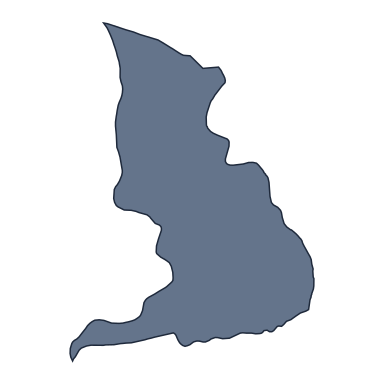 Chajul, Quiché, Guatemala
{"feature_id": "79465075B19159342798902", "entity_name": "Chajul", "entity_type": "district", "adm_level": 2, "iso_a3": "GTM", "parent_name": "Guatemala", "parent_adm1": "Quiché", "projection": "orthographic", "projection_center": [-91.005, 15.608], "detail": "fine", "context": "isolated", "style": "filled", "palette": "slate", "viewbox_px": 384, "rotation_deg": 0, "n_neighbors": 0, "source": "geoboundaries", "source_scale": "gbopen_adm2", "svg_char_len": 3381}
<svg xmlns="http://www.w3.org/2000/svg" viewBox="0 0 384 384"><path d="M218.5,67.1L202.9,68.4L192.9,58.5L190.1,55.8L183.5,55.3L181.5,54.4L179.1,53.0L174.9,50.3L172.5,48.7L170.4,47.5L165.6,44.5L158.1,40.0L139.9,34.5L133.5,32.0L125.9,29.8L107.5,23.7L105.2,23.3L104.3,23.1L103.6,23.0L107.1,27.9L108.4,30.5L110.4,34.9L112.6,40.3L113.9,44.5L115.0,47.6L116.4,52.0L117.3,55.9L119.2,62.0L119.4,63.7L120.2,68.3L120.1,77.4L121.0,81.7L122.4,85.8L122.7,89.0L122.4,92.8L121.9,95.4L121.0,98.3L119.2,102.4L118.2,105.3L117.1,111.0L116.7,114.0L116.3,116.1L115.5,122.0L115.5,126.1L116.3,134.5L116.9,147.4L118.5,151.7L119.3,154.6L120.0,157.0L121.6,166.4L122.3,170.3L122.3,172.6L121.7,175.5L119.5,181.0L117.4,184.6L115.7,186.6L114.3,189.5L113.7,198.5L114.6,202.3L116.3,205.5L118.0,206.9L124.2,210.0L131.2,210.3L136.1,211.4L138.8,212.5L147.0,214.8L149.8,216.9L150.7,218.2L155.2,223.4L159.3,225.0L160.3,225.9L160.9,226.6L161.4,228.0L161.4,230.3L158.5,238.9L156.5,245.9L156.2,252.0L156.7,253.6L160.8,257.2L165.2,259.7L169.3,262.6L171.3,266.3L172.8,272.4L173.1,277.9L172.9,280.4L172.2,281.5L171.6,282.2L168.3,285.2L166.9,286.5L165.4,287.6L158.7,291.5L154.6,294.1L148.7,297.3L146.7,298.8L145.5,300.1L144.7,301.4L144.0,302.6L142.5,310.7L140.7,315.0L140.0,316.0L139.1,316.9L136.9,318.5L134.7,319.9L131.9,320.9L128.2,321.9L125.7,322.4L122.9,323.1L119.1,323.4L111.6,323.1L103.9,320.4L99.3,319.8L94.8,320.2L92.2,321.6L89.9,323.3L87.6,325.6L85.6,328.6L82.4,332.6L79.1,336.9L76.7,339.1L74.4,340.4L72.6,342.1L71.8,343.6L70.3,348.5L70.1,353.5L70.8,357.1L71.1,357.8L72.6,361.0L73.6,358.8L75.3,356.8L79.1,350.2L81.3,348.1L86.5,346.0L91.0,345.2L103.4,345.3L105.6,344.9L114.0,344.7L120.5,343.6L123.2,343.4L125.6,343.1L131.4,342.8L135.4,341.9L144.8,339.8L147.7,338.9L151.2,338.1L154.4,337.2L173.4,332.9L174.2,333.4L175.0,334.0L176.0,335.3L177.0,337.7L177.9,339.8L179.6,342.7L180.7,343.9L182.6,345.4L185.0,346.3L187.4,345.7L189.9,344.7L193.6,341.9L196.8,341.0L199.4,341.1L203.1,342.0L205.4,342.0L209.2,340.4L211.0,339.0L215.2,337.5L217.7,337.6L222.7,338.7L229.5,338.2L240.3,333.1L242.7,332.8L246.3,333.1L251.5,333.1L255.6,333.8L259.4,333.6L261.1,333.3L262.5,332.5L264.0,330.6L267.1,330.2L269.5,331.7L271.9,331.7L273.7,330.6L277.2,326.5L278.6,326.0L281.6,326.3L283.7,324.5L286.5,321.3L290.8,319.7L295.8,316.1L300.4,313.0L305.9,311.1L308.6,309.6L310.0,299.8L311.0,297.3L311.2,295.4L311.7,294.5L311.7,293.8L313.4,289.0L313.8,286.0L313.9,278.6L313.2,277.0L312.8,271.0L313.1,269.0L311.8,264.2L311.2,259.6L310.1,256.8L307.7,252.6L305.9,249.3L304.2,246.3L302.6,243.1L301.9,240.7L300.5,238.6L299.8,238.1L298.2,236.1L296.0,233.8L291.4,229.9L290.6,229.8L286.8,227.0L284.1,223.6L282.3,217.6L281.4,212.5L280.5,210.3L277.7,207.3L273.4,204.9L271.4,202.5L270.0,196.4L269.0,182.4L268.0,177.9L267.1,176.3L265.6,174.8L265.6,174.3L263.8,172.4L263.7,171.7L262.5,169.9L258.5,165.1L256.5,163.2L252.9,162.4L248.6,162.5L243.3,164.0L233.1,165.2L230.0,165.1L227.8,164.4L226.5,163.5L225.4,161.5L225.4,158.9L229.0,146.2L229.1,142.0L228.5,140.4L227.8,139.7L226.9,138.8L225.4,138.3L221.6,136.8L217.8,135.3L213.4,133.3L210.6,131.5L207.7,128.2L207.3,126.8L206.6,126.0L206.4,124.6L206.2,117.0L207.0,112.7L210.2,102.9L211.2,100.7L212.6,99.0L212.9,98.5L215.0,94.9L215.6,94.2L221.7,86.2L225.0,82.7L225.3,80.6L224.8,78.1L224.1,76.6L223.7,75.6L222.3,73.1L221.8,71.9L221.3,70.9L220.9,70.2L218.5,67.1Z" fill="#64748b" stroke="#1e293b" stroke-width="1.5"/></svg>